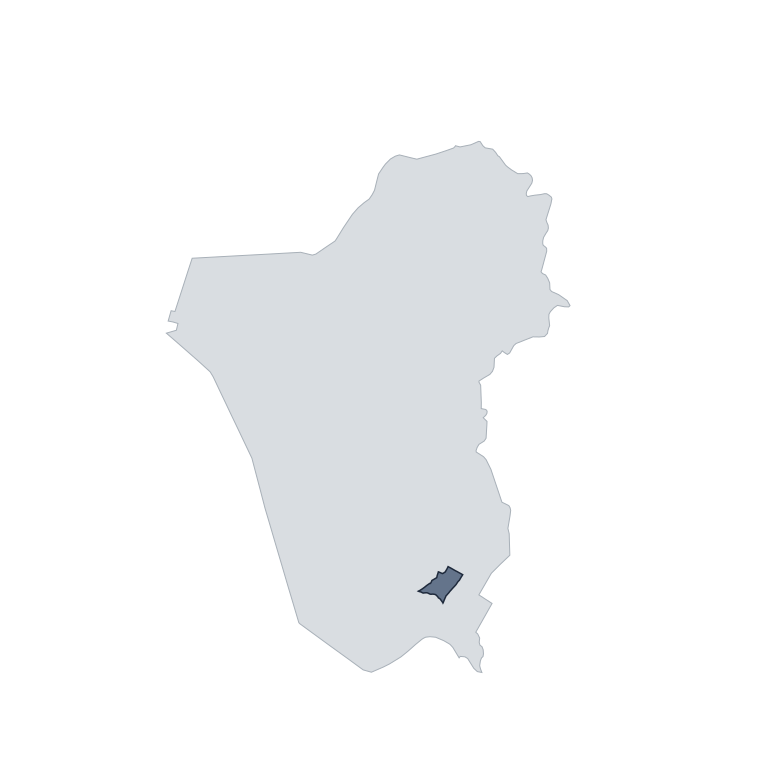 Al-Chibayish, Dhi-Qar, Iraq (highlighted), rotated 30°
{"feature_id": "34846034B42892596396596", "entity_name": "Al-Chibayish", "entity_type": "district", "adm_level": 2, "iso_a3": "IRQ", "parent_name": "Iraq", "parent_adm1": "Dhi-Qar", "projection": "equal_earth", "projection_center": [46.896, 30.862], "detail": "fine", "context": "in_parent", "style": "filled", "palette": "slate", "viewbox_px": 768, "rotation_deg": 30, "n_neighbors": 0, "source": "geoboundaries", "source_scale": "gbopen_adm2", "svg_char_len": 5188}
<svg xmlns="http://www.w3.org/2000/svg" viewBox="0 0 768 768"><g transform="rotate(30 384 384)"><path d="M326.8,141.9L331.3,140.7L339.6,133.4L344.6,126.6L346.1,126.0L350.4,128.2L353.5,128.9L360.7,126.3L364.9,127.6L368.4,129.4L370.4,129.5L379.9,133.7L382.3,134.2L387.2,134.8L394.6,135.0L399.3,132.2L402.7,129.5L405.1,129.6L407.3,130.2L409.2,131.4L410.8,133.4L411.6,136.2L411.2,145.4L411.9,147.8L413.1,149.5L414.8,149.8L416.8,147.9L420.3,145.0L424.7,141.8L427.9,138.9L429.8,137.9L432.7,138.0L435.5,138.5L437.0,139.9L437.0,140.3L438.5,144.6L442.1,160.7L444.3,162.7L446.7,164.4L448.4,166.8L449.1,169.2L448.9,172.9L448.9,177.2L449.9,180.6L451.3,183.1L452.6,184.3L454.6,184.5L456.9,185.1L458.5,187.6L463.4,205.9L463.9,208.3L466.0,209.1L469.5,208.8L473.1,210.7L476.9,213.6L480.5,219.2L482.9,220.1L490.6,219.3L501.0,220.2L505.9,223.1L505.4,224.9L501.6,226.9L494.9,229.2L493.0,233.2L491.9,238.3L492.0,241.2L493.7,244.4L498.3,250.7L498.6,253.0L499.4,256.2L500.3,258.4L499.3,262.6L495.0,265.6L489.4,268.7L478.1,282.9L477.2,285.9L477.3,294.3L476.1,296.7L472.6,296.6L469.8,296.2L469.6,299.2L467.8,303.1L466.8,306.5L470.9,314.5L471.6,318.8L470.9,322.7L467.1,329.4L464.8,333.9L465.3,334.9L468.3,336.7L477.6,351.5L480.5,356.7L484.5,355.3L486.0,355.4L487.1,356.3L487.8,358.0L487.8,360.2L486.8,363.6L491.9,364.9L493.7,368.3L499.5,379.9L499.3,383.3L496.4,388.8L496.4,392.4L497.0,395.6L497.9,396.8L506.6,397.2L510.3,398.5L519.3,404.5L529.6,413.6L538.0,421.0L545.2,427.4L552.9,426.9L555.0,428.1L556.9,430.1L559.1,435.3L563.5,447.1L567.3,451.1L573.1,460.5L578.6,469.4L575.0,481.5L571.6,494.2L571.6,510.4L571.6,519.2L579.0,519.6L587.3,520.0L587.4,530.5L587.5,541.0L587.6,553.1L590.1,553.6L593.9,556.2L595.6,560.1L597.7,562.2L600.2,562.5L602.7,564.5L605.1,568.0L606.0,570.6L605.4,572.4L605.9,575.6L607.7,580.1L609.8,582.3L613.0,584.9L608.6,586.4L603.9,585.3L593.7,579.9L590.5,579.8L586.2,581.8L586.0,583.6L575.3,577.7L571.5,576.5L570.1,576.4L564.0,576.4L555.3,577.5L550.1,579.9L546.6,582.5L545.0,585.0L544.4,586.3L541.6,593.7L538.4,603.3L535.1,611.9L528.6,623.9L524.9,629.5L517.2,639.9L508.9,642.0L489.5,639.9L468.0,637.7L446.6,635.4L430.7,633.7L429.5,633.2L413.9,618.4L401.5,606.7L386.2,592.1L370.5,577.2L354.7,562.1L343.2,551.2L329.3,537.1L316.7,524.4L306.7,514.3L293.9,505.5L283.9,498.6L269.3,488.6L257.7,480.6L247.8,473.8L232.5,463.2L227.4,460.4L211.4,456.9L196.3,453.9L180.6,450.8L170.1,448.8L177.3,441.3L175.3,434.6L170.2,435.8L165.6,437.4L163.0,427.0L166.7,425.7L163.8,412.2L160.8,398.2L157.9,384.8L155.0,371.0L168.5,362.2L178.6,355.6L192.7,346.4L206.2,337.6L219.1,329.2L233.3,319.9L246.0,311.6L257.5,308.2L260.0,305.6L265.4,294.3L270.1,284.7L270.3,282.4L270.7,268.8L271.8,252.8L273.5,244.3L276.2,236.7L278.7,231.2L279.1,226.1L278.9,220.9L276.6,213.0L274.3,204.8L274.8,196.9L275.3,192.7L277.1,185.9L279.9,181.0L282.8,177.9L293.6,174.8L300.0,172.9L308.7,164.2L313.9,159.0L321.1,150.9L326.3,144.8L326.8,142.7L326.8,141.9Z" fill="#d9dde1" stroke="#a8b0b8" stroke-width="1"/><path d="M517.3,546.3L517.5,546.3L517.8,546.2L518.7,546.0L519.2,545.9L519.8,545.7L520.1,545.6L520.4,545.6L520.9,545.6L521.7,545.6L522.3,545.5L522.7,545.3L523.2,544.9L523.7,544.5L524.2,544.2L524.6,543.9L525.0,543.6L525.3,543.5L525.6,543.4L525.9,543.2L526.1,543.2L526.5,543.1L526.8,543.1L527.3,543.1L527.5,543.1L527.8,543.0L528.0,543.0L528.6,543.0L529.0,542.9L529.8,542.6L530.2,542.3L530.4,542.2L530.7,541.9L531.3,541.6L531.5,541.5L531.7,541.4L532.0,541.2L532.3,541.1L532.6,541.0L533.0,540.9L533.5,540.7L534.0,540.6L534.4,540.6L534.6,540.7L534.9,540.9L535.2,540.9L535.4,541.0L536.0,541.1L536.3,541.1L536.6,541.2L537.0,541.4L537.3,541.6L537.6,541.7L537.7,541.8L537.9,541.9L538.0,542.0L538.6,542.0L539.0,542.0L539.8,542.1L540.1,542.1L540.5,542.2L541.4,542.7L542.4,543.1L543.7,543.7L544.2,543.9L544.6,544.2L544.6,543.6L544.5,543.2L544.3,541.8L544.1,540.6L544.1,540.1L544.0,539.5L543.9,538.8L543.9,538.3L543.8,537.7L543.7,537.0L543.6,536.4L543.7,536.2L543.8,535.7L544.0,535.0L544.1,534.6L544.1,534.2L544.5,532.6L544.6,531.6L544.7,530.9L544.8,530.3L545.2,528.6L545.3,527.8L545.5,527.2L545.6,526.5L546.1,524.4L546.4,523.1L546.5,522.4L546.6,522.1L546.7,521.8L546.7,521.5L546.7,521.2L546.8,519.8L546.8,519.4L546.8,519.0L546.8,518.8L546.9,518.5L546.9,518.2L547.0,517.7L547.2,517.0L547.4,516.3L547.4,515.8L547.4,515.4L547.4,514.9L547.4,514.5L547.4,514.2L547.4,513.0L547.4,512.5L547.4,512.4L547.4,512.2L547.5,510.9L547.5,510.3L547.5,509.8L547.2,509.8L546.7,509.8L546.1,509.8L541.7,509.9L540.4,509.9L539.8,510.0L536.5,510.0L534.2,510.0L531.5,510.1L530.8,510.1L530.8,510.3L530.9,510.8L531.0,512.3L531.0,513.5L531.0,514.5L531.0,515.2L531.0,515.7L531.0,516.1L531.0,516.3L530.9,516.4L530.8,516.5L530.7,516.7L530.4,517.2L530.2,517.8L530.1,518.0L530.0,518.3L529.8,518.4L529.7,518.5L529.4,518.7L529.4,518.9L529.3,519.0L528.2,519.1L527.2,519.2L526.2,519.3L525.4,519.4L525.0,519.5L525.4,521.1L525.7,522.6L525.8,523.2L526.1,524.0L526.3,524.8L526.5,525.4L526.0,526.2L525.5,527.1L525.0,528.0L524.6,528.7L524.1,529.5L523.9,529.9L523.7,530.2L523.9,531.3L524.0,532.9L523.8,533.6L523.6,533.6L523.3,533.8L523.1,534.2L522.5,535.5L521.7,537.2L520.6,540.1L520.4,540.5L519.7,542.1L518.3,544.8L517.3,546.3Z" fill="#64748b" stroke="#1e293b" stroke-width="1.5"/></g></svg>